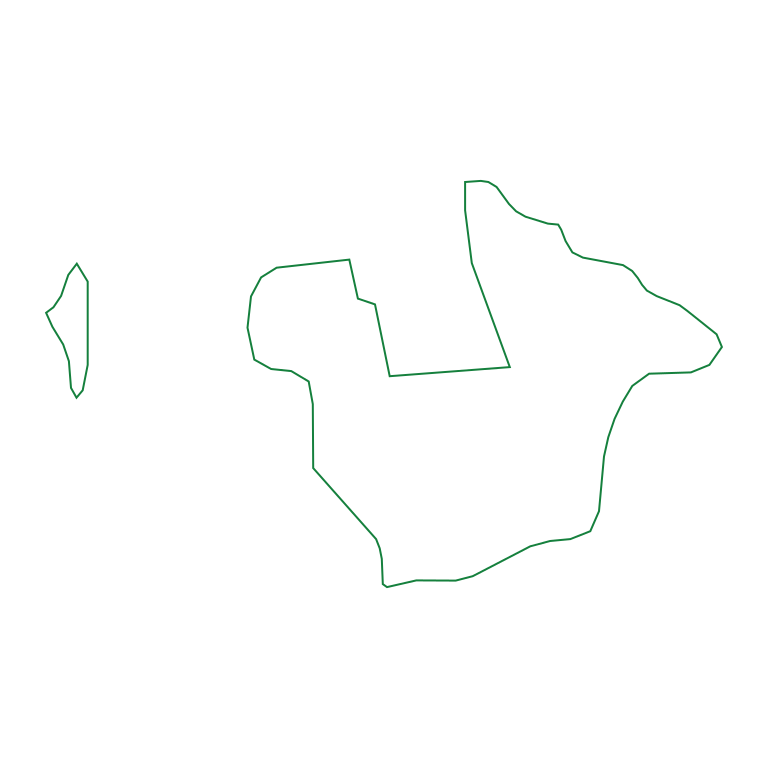 the border of Basilan
{"feature_id": "PHL-2519", "entity_name": "Basilan", "entity_type": "Province", "adm_level": 1, "iso_a3": "PHL", "parent_name": "Philippines", "parent_adm1": "", "projection": "equal_earth", "projection_center": [121.999, 6.573], "detail": "fine", "context": "isolated", "style": "outline", "palette": "green", "viewbox_px": 768, "rotation_deg": 0, "n_neighbors": 0, "source": "natural_earth", "source_scale": "10m", "svg_char_len": 1026}
<svg xmlns="http://www.w3.org/2000/svg" viewBox="0 0 768 768"><path d="M465.1,182.0L480.8,180.9L488.4,182.0L496.6,187.0L509.0,204.0L516.1,211.3L525.5,216.7L547.8,223.6L558.2,224.6L561.2,229.7L565.6,241.1L572.4,252.4L582.9,257.6L623.0,265.1L632.2,271.0L637.8,278.0L642.1,284.9L646.9,290.6L656.7,296.1L679.6,305.2L687.3,310.9L716.6,334.3L721.9,347.0L709.4,364.9L690.9,372.4L649.1,373.7L632.3,385.9L622.8,401.6L614.6,418.8L608.3,437.2L604.0,456.5L599.0,511.2L590.3,531.2L570.3,539.1L550.1,541.0L530.3,546.3L472.7,576.2L455.7,580.6L416.3,580.4L387.0,587.1L382.8,584.1L381.8,558.9L379.7,548.3L376.1,539.1L313.2,468.1L312.8,404.1L308.7,381.5L291.3,371.1L271.1,369.0L254.3,359.6L247.5,327.7L251.0,296.4L261.1,277.4L276.6,267.7L349.3,259.6L357.9,298.6L375.0,304.4L389.7,376.2L509.8,367.1L471.8,263.1L465.1,210.3L465.1,182.0ZM87.7,281.6L87.7,364.9L82.7,390.3L76.5,397.7L71.0,387.9L68.9,361.2L63.2,344.5L52.4,326.8L46.1,312.8L53.5,307.2L61.1,295.9L68.3,274.9L76.8,263.7L87.7,281.6Z" fill="none" stroke="#15803d" stroke-width="2"/></svg>